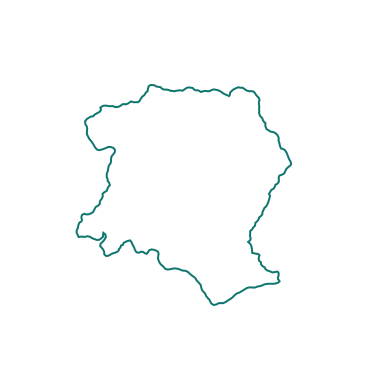 Veríssimo, Minas Gerais, Brazil, rotated 317°
{"feature_id": "56859067B45649310910590", "entity_name": "Veríssimo", "entity_type": "district", "adm_level": 2, "iso_a3": "BRA", "parent_name": "Brazil", "parent_adm1": "Minas Gerais", "projection": "mercator", "projection_center": [-48.356, -19.616], "detail": "fine", "context": "isolated", "style": "outline", "palette": "teal", "viewbox_px": 384, "rotation_deg": 317, "n_neighbors": 0, "source": "geoboundaries", "source_scale": "gbopen_adm2", "svg_char_len": 4810}
<svg xmlns="http://www.w3.org/2000/svg" viewBox="0 0 384 384"><g transform="rotate(317 192 192)"><path d="M130.7,289.3L133.1,290.9L135.3,291.3L137.0,292.6L138.8,294.4L140.9,295.2L142.7,295.6L144.9,295.9L147.4,296.5L149.7,296.7L152.4,296.6L154.4,296.6L156.2,297.0L158.1,297.9L160.0,298.3L162.0,298.7L164.4,299.2L166.8,299.7L168.6,300.7L170.4,302.3L171.9,304.0L173.3,305.0L175.6,305.9L177.8,307.4L179.7,308.2L181.6,308.8L183.4,309.8L184.9,310.9L186.9,312.7L188.9,314.6L191.0,316.1L193.1,317.1L195.2,317.0L195.5,314.5L196.8,312.9L198.3,312.2L200.0,310.5L200.3,308.8L199.0,307.6L197.4,306.7L195.9,305.6L195.0,303.4L193.4,300.4L193.2,298.3L193.8,296.6L193.1,294.9L193.1,292.2L194.5,290.2L194.2,288.2L195.0,286.5L196.4,285.4L198.3,284.2L197.9,282.1L196.7,280.8L195.5,279.0L194.5,277.7L196.1,275.7L197.4,273.8L198.5,272.1L199.2,269.6L199.0,266.8L201.1,267.0L203.1,266.2L204.4,263.7L206.8,261.5L208.0,260.2L210.4,260.4L212.7,259.7L215.0,259.6L217.5,257.8L219.9,257.8L221.9,257.5L223.7,256.4L225.7,256.6L228.1,256.3L230.2,254.6L232.3,253.8L234.2,253.0L236.4,253.1L238.4,252.5L240.2,251.8L242.8,250.3L245.0,249.0L246.5,248.0L247.0,245.9L249.4,245.2L251.5,244.6L254.1,245.2L256.2,244.6L258.0,243.6L260.1,244.2L262.3,243.8L264.0,242.2L265.1,240.6L267.2,239.6L269.6,240.7L272.0,241.3L274.1,240.5L276.6,239.5L279.5,239.4L281.8,239.7L283.6,239.2L284.8,237.1L285.4,234.3L286.1,232.6L286.7,230.9L287.6,228.9L288.2,226.7L288.5,224.6L287.9,222.7L286.8,220.9L287.4,219.1L288.2,217.5L289.4,215.5L290.5,213.2L291.9,212.1L292.8,210.4L293.3,208.2L293.2,205.6L292.1,203.2L290.4,201.1L290.1,199.0L289.4,196.9L290.1,195.0L291.0,193.2L292.7,191.8L292.5,190.0L292.6,188.3L293.7,186.1L293.7,182.5L294.9,180.0L296.6,178.5L297.8,176.9L299.3,175.6L300.9,173.3L302.5,171.7L304.1,170.8L305.0,169.1L305.0,167.4L305.0,165.3L305.4,162.9L305.6,160.8L304.5,159.0L302.6,157.4L301.3,155.3L300.7,152.9L300.2,150.4L298.5,148.7L297.2,146.9L294.4,145.9L292.3,145.3L289.9,145.2L287.7,145.3L286.1,146.7L284.5,147.1L283.6,144.7L282.7,143.0L282.0,140.9L281.8,139.0L281.2,137.3L280.4,135.2L279.1,133.4L277.9,131.8L276.1,130.9L273.9,130.3L272.2,129.1L270.7,127.1L268.7,125.8L266.9,125.1L266.4,123.5L265.8,121.8L264.3,120.4L263.4,118.5L263.4,116.3L262.2,114.8L260.7,113.1L259.0,112.2L256.3,111.8L254.2,111.5L253.1,109.9L251.3,108.5L249.6,107.2L247.9,106.4L246.6,104.7L245.3,103.4L244.7,101.7L243.3,99.8L241.4,98.1L240.5,96.0L240.5,93.9L239.4,92.5L237.8,90.4L237.3,88.3L236.0,86.8L234.3,85.3L232.3,85.2L230.3,86.3L228.2,88.0L226.3,87.8L222.9,88.6L220.3,88.3L218.1,88.9L215.3,89.7L213.6,89.4L212.2,88.0L210.4,86.4L209.3,84.3L207.6,83.9L205.4,83.6L203.2,82.6L202.1,81.2L200.7,80.3L198.9,80.3L196.8,79.7L195.0,78.7L193.6,77.3L192.9,75.4L191.4,74.0L189.5,72.3L188.1,70.2L186.3,68.7L184.1,67.9L182.4,67.9L181.6,69.8L179.3,70.4L176.9,69.8L173.7,69.0L171.5,69.3L169.6,67.9L167.0,67.3L165.0,66.9L162.0,67.4L160.3,69.5L159.8,72.1L158.8,73.9L157.5,75.1L156.0,76.5L154.5,78.1L154.0,80.0L153.4,82.0L153.0,83.8L153.0,85.8L152.7,88.0L152.3,90.3L151.6,92.9L151.4,95.9L152.6,98.1L155.1,99.5L156.9,100.3L158.9,101.1L160.6,101.6L162.2,102.4L163.5,104.1L164.6,106.2L164.3,108.7L162.9,110.1L161.2,110.6L158.9,110.9L157.2,111.2L155.1,112.8L153.6,114.4L151.9,115.5L149.7,115.9L148.1,116.6L146.6,117.8L144.4,119.4L142.3,120.4L141.0,121.6L139.8,122.9L139.2,124.7L137.9,126.6L137.7,128.7L136.6,131.0L133.9,131.3L132.2,132.0L130.8,133.0L129.0,132.7L127.1,132.3L125.3,132.4L123.8,134.3L121.7,135.3L119.7,135.6L118.0,136.2L116.4,137.9L114.3,138.0L111.5,137.3L109.0,138.1L106.2,139.2L104.3,139.0L102.6,138.3L101.0,137.7L99.6,136.5L98.4,134.5L96.0,133.8L94.5,134.5L93.3,135.8L92.6,137.3L91.0,138.2L88.9,137.6L86.7,138.5L84.7,139.9L83.3,140.8L81.5,141.4L79.8,143.2L79.1,145.5L78.4,147.7L80.8,149.2L82.9,151.7L85.3,153.0L86.9,155.2L87.5,157.8L88.6,160.0L89.7,162.2L91.6,163.7L94.2,164.0L96.6,164.0L97.9,162.5L99.3,161.4L99.7,163.9L98.3,166.2L95.6,167.1L93.4,167.5L91.3,167.4L89.6,167.6L87.9,169.1L87.9,171.1L87.8,173.5L86.9,175.9L85.3,177.9L85.5,180.1L87.0,181.4L89.3,182.1L91.9,182.7L93.6,183.6L95.9,184.6L98.4,184.8L99.8,183.9L101.9,183.7L103.7,182.7L105.2,183.6L107.1,182.6L109.0,183.0L111.3,183.8L113.7,185.1L113.5,187.6L112.7,189.7L112.3,191.3L111.8,193.3L110.8,195.3L110.3,198.2L111.5,200.0L113.8,200.9L115.2,202.1L115.8,204.6L116.6,206.2L118.3,206.2L120.7,205.4L123.1,206.3L124.7,208.2L125.9,210.7L126.4,212.5L125.5,214.3L123.9,215.6L121.7,217.5L120.7,219.8L120.1,221.6L119.8,223.8L120.1,225.8L120.1,228.2L120.1,230.1L121.3,232.1L123.5,233.7L125.9,235.1L127.3,236.1L128.5,237.5L130.1,240.0L131.4,242.9L133.5,245.2L134.5,247.6L134.6,249.7L134.9,252.6L135.5,255.2L135.7,257.5L135.1,259.7L135.1,262.7L135.0,265.7L133.8,267.9L132.9,269.5L132.3,271.6L132.4,274.7L131.4,277.9L131.2,280.4L131.3,282.4L130.6,284.6L130.1,286.8L130.7,289.3Z" fill="none" stroke="#0f766e" stroke-width="2"/></g></svg>